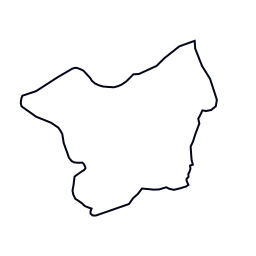 Dékoa, Kémo, Central African Republic, rotated 341°
{"feature_id": "33826404B62845091164313", "entity_name": "Dékoa", "entity_type": "district", "adm_level": 2, "iso_a3": "CAF", "parent_name": "Central African Republic", "parent_adm1": "Kémo", "projection": "natural_earth1", "projection_center": [19.104, 6.266], "detail": "fine", "context": "isolated", "style": "outline", "palette": "ink", "viewbox_px": 256, "rotation_deg": 341, "n_neighbors": 0, "source": "geoboundaries", "source_scale": "gbopen_adm2", "svg_char_len": 1298}
<svg xmlns="http://www.w3.org/2000/svg" viewBox="0 0 256 256"><g transform="rotate(341 128 128)"><path d="M166.6,201.5L166.2,196.7L166.9,195.1L169.2,194.0L170.2,190.9L171.7,189.7L173.7,187.0L174.5,183.7L177.4,183.8L177.7,179.2L178.5,175.8L181.2,165.9L184.8,162.3L190.1,155.2L196.9,147.0L197.4,142.2L200.7,139.1L204.1,135.6L207.3,137.3L212.4,138.1L218.1,136.0L221.2,130.3L221.6,108.3L218.2,93.4L217.4,74.7L219.4,67.3L203.1,67.5L185.4,73.7L175.2,78.6L155.9,80.5L150.6,79.0L141.6,83.4L136.0,84.9L132.2,85.2L127.9,84.9L121.4,82.2L118.0,80.7L114.7,78.4L111.4,75.3L109.2,71.6L108.6,68.6L104.6,59.4L102.7,57.4L99.5,54.7L97.3,53.8L94.3,53.8L88.6,55.0L78.8,56.9L53.2,63.2L38.6,63.1L36.7,65.5L35.0,68.8L34.6,70.4L34.4,72.7L35.2,74.0L44.9,87.5L57.1,98.1L62.3,105.1L63.2,108.4L63.9,112.3L62.3,121.4L62.5,131.7L62.5,137.0L63.9,140.8L65.7,142.8L67.6,143.8L69.5,144.6L72.3,145.5L73.6,146.0L74.5,147.6L74.8,150.2L74.8,152.0L73.1,153.4L70.7,153.9L65.4,155.4L61.7,156.5L57.8,164.4L55.2,169.0L54.6,172.9L55.1,177.8L57.5,180.8L60.0,184.2L61.7,187.7L65.2,190.7L67.3,192.3L65.4,194.6L64.7,196.8L66.1,199.2L69.1,200.3L104.2,200.2L110.0,196.0L115.8,193.6L121.5,189.8L132.4,194.7L137.4,196.2L144.9,196.5L147.3,199.0L151.3,201.4L157.6,202.0L163.7,202.2L166.6,201.5Z" fill="none" stroke="#020617" stroke-width="2"/></g></svg>